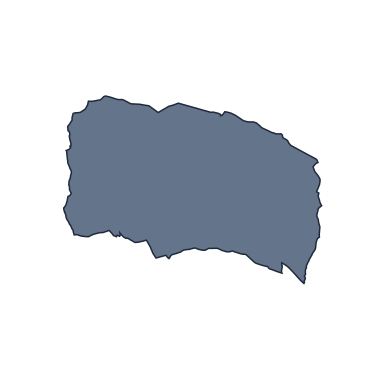 the district of Iacobeni, Suceava, Romania, rotated 208°
{"feature_id": "2599482B55221008009408", "entity_name": "Iacobeni", "entity_type": "district", "adm_level": 2, "iso_a3": "ROU", "parent_name": "Romania", "parent_adm1": "Suceava", "projection": "natural_earth1", "projection_center": [25.302, 47.433], "detail": "fine", "context": "isolated", "style": "filled", "palette": "slate", "viewbox_px": 384, "rotation_deg": 208, "n_neighbors": 0, "source": "geoboundaries", "source_scale": "gbopen_adm2", "svg_char_len": 5238}
<svg xmlns="http://www.w3.org/2000/svg" viewBox="0 0 384 384"><g transform="rotate(208 192 192)"><path d="M94.6,277.2L94.8,277.4L95.9,278.2L97.2,279.3L111.8,279.4L126.5,279.5L129.6,280.7L130.4,281.4L131.1,281.7L131.8,282.3L132.7,282.4L134.6,282.6L136.3,282.5L136.8,282.5L137.8,283.2L138.9,284.6L140.5,285.2L145.5,282.6L146.6,282.7L150.1,281.9L151.8,281.9L153.2,281.9L159.4,281.5L161.6,281.7L163.6,282.5L164.3,282.4L167.3,283.2L170.3,282.8L171.5,282.2L175.5,280.2L179.9,279.1L189.9,280.1L192.2,280.0L194.7,279.9L199.1,278.9L200.8,278.1L200.7,277.8L201.3,274.1L202.2,273.1L202.4,272.9L202.4,273.6L203.7,273.9L205.2,273.9L207.3,273.4L208.4,273.1L210.5,272.6L211.6,272.0L213.1,271.1L245.8,264.0L249.3,260.0L252.7,256.8L259.2,246.3L270.5,247.9L272.2,247.3L275.9,246.0L277.4,245.6L279.2,245.0L287.3,241.2L295.6,241.1L297.5,240.7L299.3,239.5L301.9,238.6L302.9,238.4L308.1,237.5L309.9,237.1L311.0,236.8L311.8,236.6L312.6,236.4L313.4,236.1L314.3,235.3L314.9,234.2L314.9,233.8L315.6,231.7L316.2,230.4L321.4,226.2L322.4,225.4L326.1,223.5L325.7,222.2L325.1,220.0L325.1,218.0L325.1,215.2L328.0,209.9L329.9,208.5L332.4,207.0L333.8,205.6L333.3,203.3L332.8,201.4L332.4,200.5L331.7,199.3L331.6,198.7L331.8,197.7L331.8,197.2L331.9,196.6L331.9,195.4L331.9,194.8L331.9,194.1L332.4,193.0L332.4,192.3L332.5,191.7L332.2,190.8L331.6,190.1L331.1,189.3L330.3,188.0L330.0,187.8L329.7,187.8L329.4,187.8L328.9,187.8L328.6,187.7L328.0,186.8L327.2,185.9L326.7,185.1L326.7,184.9L326.7,184.5L326.7,183.8L325.3,182.1L325.1,181.7L321.9,178.3L320.5,175.9L321.3,175.2L320.5,174.5L320.0,174.0L320.4,173.2L320.5,172.4L320.8,171.4L321.8,170.5L322.6,169.6L321.7,168.9L320.7,167.4L320.3,166.8L318.0,163.4L317.3,162.3L316.5,161.4L315.6,159.8L315.1,159.2L311.9,156.6L310.9,155.6L309.2,154.4L308.6,154.0L308.2,153.5L307.9,153.1L307.2,151.3L306.9,149.5L306.1,147.4L306.0,146.7L305.8,144.6L305.6,143.8L304.8,142.0L304.7,141.9L304.2,140.5L303.2,139.6L302.7,139.1L301.8,137.5L301.3,136.6L300.3,135.8L299.2,135.0L298.7,134.7L298.0,134.2L298.0,132.7L298.4,131.3L299.4,129.8L299.1,128.8L298.8,127.7L298.2,125.9L297.5,122.8L297.4,122.0L297.3,120.3L297.5,118.6L297.8,117.7L297.3,116.9L296.9,116.2L296.5,116.0L295.5,114.8L294.9,114.2L294.7,114.3L292.6,112.3L292.0,111.6L291.9,111.5L291.6,110.9L291.1,110.4L289.8,109.2L288.4,108.4L287.3,107.9L286.4,107.2L285.7,106.6L284.9,106.0L284.5,105.9L283.5,105.4L283.0,105.1L282.0,104.3L281.8,104.1L281.6,103.9L281.2,103.6L280.6,103.2L280.4,103.0L279.2,102.4L278.6,102.1L278.5,101.9L278.4,101.7L278.3,101.3L277.8,100.8L276.6,99.5L275.9,98.8L275.5,99.0L275.4,99.1L275.1,99.3L274.7,99.7L274.4,99.9L273.8,100.1L273.3,100.4L272.7,100.6L271.5,100.6L270.2,101.0L269.0,101.1L267.6,101.7L266.2,102.2L264.3,103.0L262.2,104.1L261.5,105.2L260.1,107.3L258.3,109.2L255.9,111.4L255.1,112.1L254.2,112.9L253.1,113.5L251.7,114.3L249.1,117.0L247.2,119.1L246.9,119.1L245.2,118.5L242.3,117.5L241.0,116.7L240.7,116.6L240.0,116.8L239.2,117.1L238.6,117.0L237.8,117.0L237.6,118.8L235.1,118.9L235.1,119.7L235.4,120.5L236.4,122.0L234.9,121.3L231.5,120.2L230.1,120.1L228.8,120.1L228.0,120.4L226.9,121.0L226.1,121.0L224.9,120.9L223.6,120.8L218.6,120.7L216.1,122.3L214.1,124.0L212.2,125.6L209.7,128.1L206.5,126.1L203.3,124.1L200.5,121.8L197.7,119.5L192.8,116.8L185.3,123.9L184.5,123.5L182.7,122.7L181.1,122.4L180.8,124.2L180.9,125.5L180.6,126.4L180.2,127.3L179.3,128.1L178.1,129.3L177.1,130.2L175.9,131.5L174.6,132.9L173.8,133.7L173.1,135.2L172.1,136.7L171.0,137.7L170.1,138.3L169.2,138.9L168.3,139.6L167.4,140.1L167.0,140.4L166.0,141.6L164.7,142.7L163.0,144.0L162.2,144.2L160.7,144.3L159.1,144.5L157.1,145.0L155.7,145.5L153.9,146.2L153.0,146.9L152.3,147.7L151.5,149.1L150.7,150.1L149.1,151.0L147.3,151.9L144.9,153.3L143.1,154.2L142.0,154.3L139.8,154.5L138.4,154.4L137.3,154.7L135.7,155.0L134.4,155.2L133.8,155.4L132.2,156.0L130.8,156.8L130.2,157.4L129.6,158.0L128.8,158.8L128.1,159.0L127.4,159.1L126.2,159.1L125.0,159.4L122.4,159.9L120.5,160.2L117.9,160.9L116.4,161.7L115.1,162.1L113.6,161.8L111.8,161.3L109.2,160.6L104.7,159.4L102.6,159.1L100.9,159.3L98.4,159.7L95.2,160.3L91.6,161.2L90.4,161.6L89.6,161.4L88.8,160.9L87.5,160.6L86.6,160.7L84.3,161.1L82.8,161.3L80.9,161.5L78.4,161.9L74.5,162.6L75.1,163.2L76.0,164.4L76.9,167.4L77.7,169.2L78.9,170.3L79.5,171.6L76.7,171.5L73.4,171.2L71.0,170.6L68.1,169.7L61.4,167.4L55.5,165.2L50.6,163.8L50.2,163.8L50.3,164.4L50.3,165.2L50.7,165.4L51.1,165.7L51.2,166.0L51.1,167.1L51.2,168.0L51.3,168.6L51.6,169.2L51.8,169.5L52.4,170.0L53.0,170.1L53.3,170.5L53.3,171.2L53.1,172.0L53.1,172.7L53.4,173.2L53.9,173.7L54.6,175.0L55.3,176.6L55.4,177.6L55.4,178.9L55.7,179.1L56.3,180.5L56.4,181.3L56.5,183.5L56.6,184.3L56.5,185.4L56.5,186.2L56.7,187.2L56.8,188.0L56.7,189.2L56.7,190.5L56.6,192.7L56.8,194.5L56.7,195.6L56.5,196.6L56.3,199.6L56.5,200.1L57.3,202.3L58.0,203.9L58.7,205.6L59.2,208.4L59.3,209.5L59.2,210.5L58.7,211.0L58.3,212.0L59.8,214.3L59.9,214.7L62.5,220.7L62.8,221.4L63.3,221.8L65.5,224.1L67.9,227.3L69.1,228.1L69.6,228.4L70.7,229.8L71.4,231.7L72.0,234.2L72.7,236.8L71.1,240.8L73.0,242.0L74.6,243.3L75.6,244.6L78.5,247.3L79.3,249.7L79.5,250.6L82.1,250.7L82.9,258.4L84.2,262.1L85.2,263.6L88.2,265.5L93.2,267.7L96.8,270.9L96.6,273.2L96.2,274.4L95.9,275.5L94.8,276.9L94.6,277.2Z" fill="#64748b" stroke="#1e293b" stroke-width="1.5"/></g></svg>